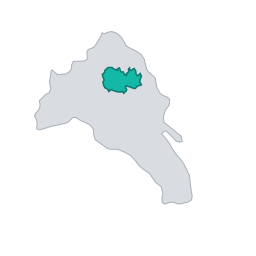 Santiago highlighted on a map of Dominican Republic, rotated 43°
{"feature_id": "DOM-1390", "entity_name": "Santiago", "entity_type": "Province", "adm_level": 1, "iso_a3": "DOM", "parent_name": "Dominican Republic", "parent_adm1": "", "projection": "mercator", "projection_center": [-70.906, 19.338], "detail": "fine", "context": "in_parent", "style": "filled", "palette": "teal", "viewbox_px": 256, "rotation_deg": 43, "n_neighbors": 0, "source": "natural_earth", "source_scale": "10m", "svg_char_len": 2407}
<svg xmlns="http://www.w3.org/2000/svg" viewBox="0 0 256 256"><g transform="rotate(43 128 128)"><path d="M44.6,168.7L44.9,159.6L46.2,155.9L45.0,152.1L39.2,147.9L35.6,142.6L32.5,138.0L33.2,137.3L39.5,137.1L41.7,135.3L45.9,130.5L46.8,126.6L46.4,123.7L43.7,120.2L42.6,116.5L46.0,113.3L50.4,108.6L51.0,106.8L50.9,105.0L45.8,100.0L45.4,97.9L47.8,92.5L47.6,88.9L45.2,77.8L44.0,76.1L46.4,75.2L47.9,71.8L49.9,68.9L52.6,67.3L55.6,66.3L61.7,66.3L70.0,68.9L72.4,68.9L80.4,66.5L87.1,65.2L93.4,66.7L95.9,68.7L101.1,71.9L103.7,72.9L111.9,72.8L114.1,73.1L121.0,78.4L126.7,80.5L130.1,80.6L136.1,78.6L139.1,78.7L142.5,83.2L143.2,89.6L146.1,95.5L150.4,99.3L172.1,97.7L176.9,100.8L175.2,103.3L172.2,104.7L161.9,104.1L157.4,104.4L156.5,106.9L156.5,109.3L162.5,109.9L168.4,111.0L174.4,112.9L180.5,114.2L187.4,115.1L194.2,116.4L205.5,121.0L217.9,131.5L221.3,133.9L223.5,137.2L222.4,141.2L218.0,147.9L215.5,150.0L211.8,151.3L209.2,154.0L206.8,158.6L205.3,159.0L203.6,158.8L200.6,156.2L198.4,152.2L192.4,148.4L185.2,148.9L174.7,146.6L168.3,147.7L161.9,148.0L155.4,146.8L148.8,146.4L142.3,147.9L135.9,150.3L133.6,151.8L129.5,155.6L127.3,157.0L111.8,158.9L107.4,156.1L103.2,152.3L97.3,151.8L88.6,154.7L83.2,155.8L81.0,157.1L80.4,158.5L80.4,163.8L79.2,167.0L70.8,179.0L66.0,187.6L64.1,190.2L61.8,190.8L57.7,185.9L55.0,184.1L51.7,183.2L50.4,180.6L50.4,176.9L49.6,173.3L47.5,170.5L44.6,168.7Z" fill="#d9dde1" stroke="#a8b0b8" stroke-width="1"/><path d="M108.3,87.2L108.1,88.3L107.3,89.2L106.6,90.4L106.3,91.7L106.4,93.0L106.4,94.2L105.6,94.8L104.8,95.4L102.1,96.3L99.5,97.7L98.2,98.1L97.8,99.2L99.1,100.2L100.7,100.6L101.5,102.1L101.1,103.9L101.3,105.5L99.9,105.3L98.8,105.3L98.1,106.8L95.4,108.9L92.1,110.5L90.4,111.2L88.9,112.0L89.3,113.1L89.1,114.4L87.7,113.9L86.4,113.5L85.1,113.8L83.9,114.4L81.5,113.6L79.2,112.2L78.2,111.3L78.1,109.9L77.6,109.1L76.7,108.6L74.6,107.6L72.7,106.4L72.9,104.7L72.9,103.0L72.0,102.2L71.8,101.0L72.0,99.3L72.1,97.6L72.9,96.6L73.8,95.8L74.5,95.1L75.3,94.5L76.2,94.6L77.2,94.6L79.1,93.7L81.1,93.0L80.7,92.5L80.0,92.0L80.1,90.9L80.8,89.9L82.2,90.7L83.7,91.4L84.5,91.6L85.3,91.5L85.8,90.7L86.2,90.2L88.4,91.1L90.7,91.1L90.9,90.1L89.7,89.2L90.0,87.6L90.1,86.1L89.3,85.6L88.6,85.2L88.1,84.2L88.1,83.1L89.3,84.0L90.7,83.9L91.4,82.2L91.8,80.3L93.4,80.7L94.9,81.1L96.0,82.1L97.2,83.2L99.5,83.1L99.7,79.8L102.5,81.0L103.6,83.7L105.1,86.2L108.3,87.2Z" fill="#14b8a6" stroke="#0f766e" stroke-width="1.5"/></g></svg>